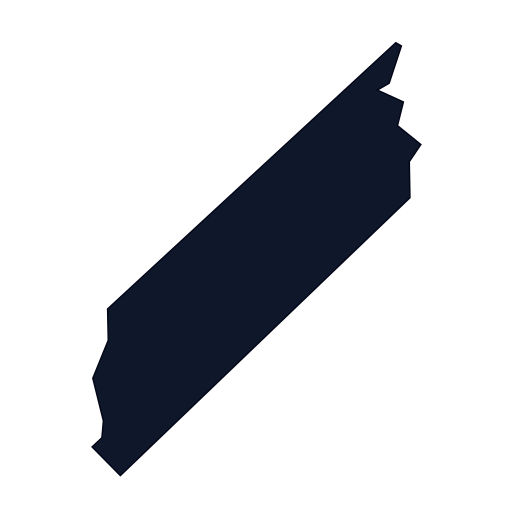 Morris, Texas, United States of America, rotated 46°
{"feature_id": "52423323B98583115824614", "entity_name": "Morris", "entity_type": "district", "adm_level": 2, "iso_a3": "USA", "parent_name": "United States of America", "parent_adm1": "Texas", "projection": "equal_earth", "projection_center": [-94.745, 33.122], "detail": "fine", "context": "isolated", "style": "filled", "palette": "ink", "viewbox_px": 512, "rotation_deg": 46, "n_neighbors": 0, "source": "geoboundaries", "source_scale": "gbopen_adm2", "svg_char_len": 364}
<svg xmlns="http://www.w3.org/2000/svg" viewBox="0 0 512 512"><g transform="rotate(46 256 256)"><path d="M191.0,399.5L214.0,420.8L230.6,458.3L268.6,480.3L279.7,493.1L279.5,506.5L319.7,506.1L321.0,104.8L294.6,80.2L290.3,60.0L260.5,63.7L247.6,43.0L220.9,53.5L224.2,40.2L205.9,5.5L199.7,7.3L191.0,399.5Z" fill="#0f172a" stroke="#020617" stroke-width="1.5"/></g></svg>